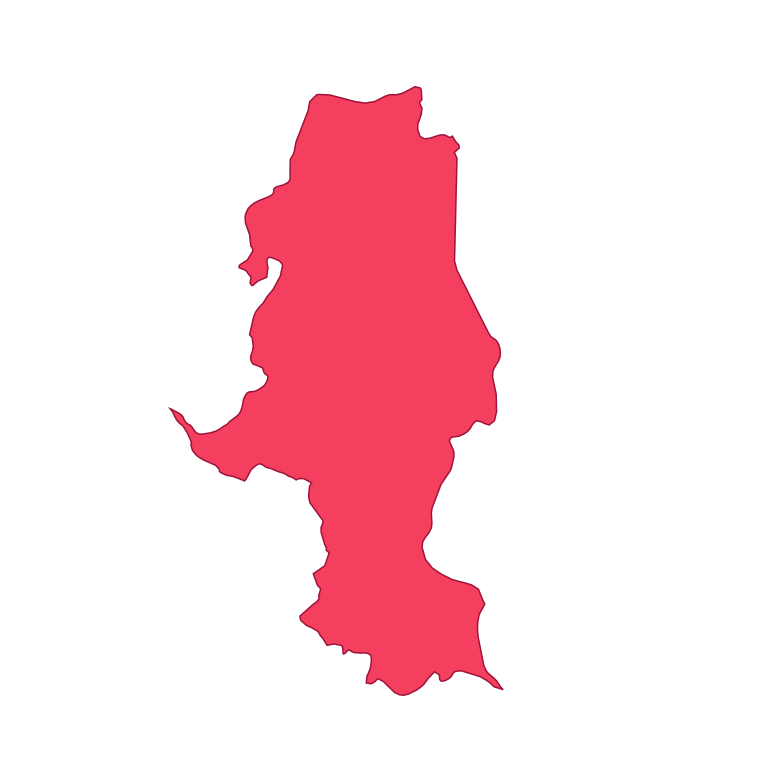 the Department of Norte de Santander, rotated 16°
{"feature_id": "COL-1421", "entity_name": "Norte de Santander", "entity_type": "Department", "adm_level": 1, "iso_a3": "COL", "parent_name": "Colombia", "parent_adm1": "", "projection": "orthographic", "projection_center": [-72.935, 8.085], "detail": "fine", "context": "isolated", "style": "filled", "palette": "rose", "viewbox_px": 768, "rotation_deg": 16, "n_neighbors": 0, "source": "natural_earth", "source_scale": "10m", "svg_char_len": 4809}
<svg xmlns="http://www.w3.org/2000/svg" viewBox="0 0 768 768"><g transform="rotate(16 384 384)"><path d="M337.4,89.5L338.9,91.3L341.9,100.1L341.8,101.0L340.8,103.2L340.8,104.1L341.6,105.3L343.9,107.6L344.5,108.7L345.5,114.6L344.9,124.8L346.2,130.1L350.5,136.1L355.0,137.2L359.9,135.3L368.1,129.9L370.0,128.9L373.0,128.0L375.7,128.1L377.8,128.8L379.6,128.8L381.4,126.9L386.0,131.2L390.0,133.6L391.3,136.4L387.8,142.0L391.9,146.8L393.1,151.4L395.9,162.0L398.6,172.6L401.4,183.3L404.2,193.9L407.0,204.5L409.7,215.1L412.5,225.8L415.3,236.4L417.8,246.2L422.7,254.4L427.1,259.2L431.8,264.3L436.6,269.4L441.3,274.6L446.0,279.7L450.8,284.9L455.5,290.0L460.2,295.1L465.0,300.2L470.7,306.4L473.5,308.8L475.9,309.8L478.2,310.4L480.5,311.6L483.5,314.5L485.8,318.2L487.4,322.3L488.1,326.4L487.7,330.4L485.5,338.3L485.2,342.3L486.6,347.7L494.6,362.8L499.8,379.4L500.3,388.8L496.4,394.4L492.2,394.3L487.2,393.5L482.6,394.1L480.2,398.5L479.1,403.2L477.1,407.1L474.3,410.3L470.7,413.3L468.1,414.6L465.4,415.6L463.2,417.1L462.4,420.0L463.5,422.1L468.5,428.0L470.2,430.7L471.3,434.9L471.9,445.5L471.4,449.8L466.5,464.6L464.4,490.1L465.1,495.1L468.4,504.6L469.2,509.3L468.2,514.6L466.2,519.5L464.7,524.6L465.5,530.3L472.1,541.1L481.0,547.5L485.5,549.0L491.6,551.0L503.4,553.2L523.2,552.9L531.3,555.2L539.7,566.0L541.0,566.8L541.5,568.1L539.3,578.0L539.1,580.1L539.8,587.3L541.6,594.4L544.2,601.2L557.5,627.0L561.7,631.9L564.5,633.7L571.1,636.6L574.4,638.6L580.0,643.4L582.8,644.9L573.2,644.7L568.6,642.2L563.9,640.5L557.1,638.8L537.4,638.4L532.4,640.2L530.8,641.7L529.9,643.8L529.6,645.6L528.8,647.5L527.3,649.6L525.1,651.8L522.8,653.3L520.5,653.8L519.0,652.7L517.3,648.2L511.8,646.8L507.5,655.3L504.9,662.1L502.5,665.7L499.6,669.3L493.0,675.3L488.7,677.8L484.4,678.5L479.2,677.6L465.3,670.1L459.3,668.9L457.5,672.3L456.7,673.4L455.2,674.9L453.9,675.8L449.3,676.3L448.2,669.8L449.1,662.6L449.0,658.6L448.0,653.0L447.2,650.3L445.8,648.4L444.3,647.8L442.2,647.5L440.3,647.7L438.8,648.0L436.1,649.0L429.3,650.4L427.1,650.2L425.3,649.6L424.0,649.4L422.9,649.7L422.2,650.6L421.3,652.8L420.5,653.9L419.4,654.7L418.8,653.8L417.6,650.3L416.5,647.9L414.9,647.0L413.2,647.1L411.5,647.4L408.4,647.5L407.2,647.9L405.4,648.8L401.3,650.9L395.0,645.2L392.2,643.5L389.7,640.8L387.6,639.7L381.8,638.2L376.1,637.4L369.7,634.5L368.8,633.7L367.2,630.3L376.1,616.1L379.2,612.0L380.7,608.8L380.6,607.5L379.9,606.2L379.5,604.5L379.7,600.7L379.5,598.9L379.0,597.7L376.6,596.6L375.2,595.4L374.3,594.3L372.7,591.7L371.6,590.5L368.3,585.9L377.2,575.0L377.8,561.3L374.4,559.9L374.1,559.4L374.1,557.8L371.4,554.8L364.4,543.9L363.0,538.9L363.5,536.0L363.1,532.3L345.7,518.7L343.6,515.2L342.3,511.8L340.8,504.0L340.8,502.4L341.0,501.3L341.8,499.0L333.0,497.1L328.3,498.4L326.0,500.4L322.2,499.2L320.7,498.9L317.7,498.9L316.6,498.7L315.8,498.3L314.2,497.8L311.7,497.4L306.3,497.4L298.5,496.4L294.0,496.6L292.6,496.3L291.3,495.8L290.5,495.4L287.5,494.9L285.7,495.3L283.7,497.2L279.9,502.9L277.6,513.8L276.7,515.6L272.3,515.1L265.3,514.5L257.2,515.1L252.7,514.4L250.2,513.7L248.9,511.2L244.6,508.6L231.5,506.8L226.8,505.6L223.4,504.2L219.8,501.9L218.0,500.3L215.5,496.3L215.1,495.5L215.2,494.5L214.9,493.5L214.1,491.9L208.3,485.1L202.5,479.9L196.6,477.2L194.2,475.3L192.5,473.7L188.8,469.3L185.2,466.7L186.3,466.8L195.3,468.7L197.7,469.6L199.7,470.9L202.4,474.1L204.4,475.7L206.5,476.5L209.0,477.0L210.8,477.9L215.3,481.6L217.8,482.8L220.0,483.1L223.0,482.3L230.4,478.9L235.3,475.7L238.8,472.2L241.3,469.0L244.1,466.3L246.1,462.5L251.5,455.3L252.7,453.3L253.5,450.9L254.0,445.8L253.2,437.2L254.0,432.8L255.1,430.0L257.1,428.5L261.5,426.8L264.4,424.5L266.5,422.1L269.6,418.0L270.5,414.4L270.8,411.4L270.5,409.5L269.9,408.3L269.0,407.7L268.1,407.5L265.9,406.5L262.7,401.9L252.2,400.8L249.2,397.5L248.2,394.0L248.5,387.9L248.1,385.9L248.1,384.2L244.5,375.8L241.2,373.7L240.2,354.6L241.0,349.4L242.9,344.4L245.5,339.6L247.5,332.3L251.3,323.8L254.6,308.7L253.8,297.9L252.3,296.2L249.5,294.5L244.1,293.7L240.6,293.6L238.6,293.9L237.5,295.6L237.3,296.6L238.4,300.7L240.1,303.4L240.4,304.6L241.8,313.7L234.7,319.5L233.3,321.4L231.1,325.0L229.9,325.8L228.4,324.8L227.3,323.5L226.8,317.9L223.0,315.4L221.6,314.1L219.9,313.1L218.3,312.6L214.2,312.4L212.7,312.1L212.2,310.9L212.6,309.2L218.4,302.6L221.3,292.2L219.6,289.1L218.1,288.3L213.5,277.3L206.5,267.5L204.4,261.6L204.2,259.2L204.4,256.5L205.0,253.1L206.2,250.4L208.0,247.7L209.7,245.5L213.1,242.3L221.9,235.4L224.3,232.9L225.0,231.1L224.9,229.4L224.3,227.2L225.1,225.4L226.5,224.0L232.6,220.2L236.0,216.9L237.1,214.4L237.0,211.8L235.2,206.1L232.0,194.0L233.7,187.2L233.7,185.4L232.7,175.6L235.7,142.2L234.8,133.0L239.5,124.6L241.6,123.6L252.3,121.1L278.7,120.5L288.7,119.1L297.4,114.9L305.7,107.1L309.9,104.3L316.0,102.6L321.5,99.5L331.9,89.7L337.4,89.5Z" fill="#f43f5e" stroke="#9f1239" stroke-width="1.5"/></g></svg>